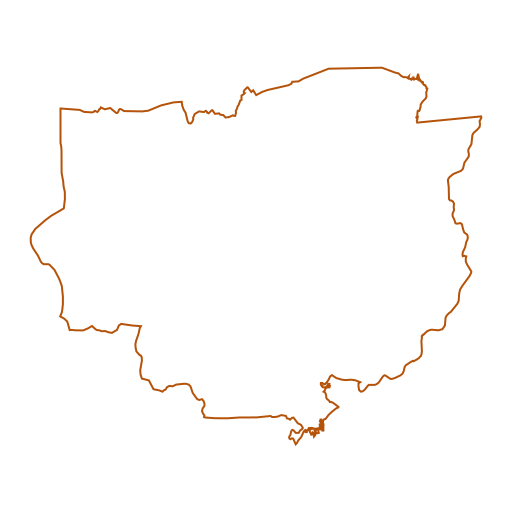 outline of Remolino, Magdalena, Colombia
{"feature_id": "7082276B2618998543770", "entity_name": "Remolino", "entity_type": "district", "adm_level": 2, "iso_a3": "COL", "parent_name": "Colombia", "parent_adm1": "Magdalena", "projection": "natural_earth1", "projection_center": [-74.562, 10.638], "detail": "fine", "context": "isolated", "style": "outline", "palette": "amber", "viewbox_px": 512, "rotation_deg": 0, "n_neighbors": 0, "source": "geoboundaries", "source_scale": "gbopen_adm2", "svg_char_len": 6008}
<svg xmlns="http://www.w3.org/2000/svg" viewBox="0 0 512 512"><path d="M31.6,234.4L30.7,237.6L30.8,242.4L31.4,244.6L33.1,248.3L38.0,255.7L40.9,261.8L42.1,263.2L43.8,264.2L48.4,264.2L49.7,264.9L54.5,269.9L59.5,279.5L61.8,286.0L62.9,296.5L62.9,304.1L62.3,309.7L61.8,312.5L60.2,316.4L64.3,318.7L67.3,321.6L69.7,330.1L71.8,329.9L75.3,330.3L83.2,330.4L88.1,328.3L92.0,326.0L95.6,329.3L97.0,330.1L98.5,330.1L101.9,331.2L105.5,331.1L107.9,332.1L111.9,332.9L117.0,329.9L118.8,325.6L121.1,323.9L132.1,325.5L140.9,326.2L139.8,328.0L138.5,333.9L136.0,341.1L135.4,344.3L135.6,347.7L136.4,351.4L139.5,355.0L140.7,355.4L141.7,357.1L141.9,360.6L140.2,370.3L140.6,374.8L141.9,378.6L148.9,380.4L153.5,389.2L159.3,390.4L162.5,391.7L164.0,390.2L165.7,389.5L166.9,387.3L169.3,385.9L172.7,386.3L176.1,384.6L183.6,383.8L186.1,383.8L188.7,384.6L190.5,386.4L192.7,392.9L197.0,398.9L199.1,400.0L202.0,399.2L203.5,400.9L204.4,403.4L204.5,405.7L202.6,408.5L202.0,411.1L203.1,413.7L204.4,415.4L204.0,417.1L205.2,417.5L214.5,418.2L227.4,418.3L239.1,417.5L256.6,417.4L270.6,416.0L272.0,417.0L274.8,417.0L277.6,416.6L281.3,415.1L285.9,415.9L287.0,418.4L288.9,418.8L290.0,419.7L292.1,417.8L293.5,417.6L297.8,423.3L301.0,424.8L302.8,427.8L302.4,428.8L300.0,430.6L298.7,432.9L295.7,432.9L293.7,430.5L292.6,429.9L291.7,430.3L291.1,431.7L290.4,434.9L289.4,436.3L289.1,437.7L289.5,438.6L290.4,439.2L291.7,438.4L293.2,438.6L295.7,444.3L296.8,443.2L298.2,440.5L301.2,437.1L303.6,431.7L304.8,431.6L306.0,432.2L307.6,431.9L304.4,431.3L304.4,430.7L305.4,429.9L306.6,430.6L307.5,430.2L309.0,428.0L309.6,428.0L308.5,429.4L311.8,427.8L313.4,428.3L313.1,428.7L310.7,429.0L309.4,430.9L311.3,434.7L311.9,434.5L312.5,432.5L313.7,433.6L314.7,433.1L313.6,434.5L314.0,436.6L315.2,435.1L314.4,428.9L318.7,428.2L318.4,429.0L316.2,429.3L315.6,431.4L316.1,432.5L316.1,433.5L318.8,432.9L318.0,429.8L319.2,429.2L320.0,429.4L320.2,428.8L320.8,429.1L320.9,428.0L322.5,426.4L321.0,427.5L320.5,428.5L319.6,427.7L319.9,426.7L319.6,423.6L319.9,424.6L321.4,426.0L322.5,424.6L321.6,425.3L320.6,424.7L320.6,420.8L320.1,420.9L320.5,419.5L321.3,419.5L321.8,423.2L322.9,424.6L322.7,427.3L322.3,427.8L322.7,428.1L322.4,430.5L323.4,430.5L323.4,430.0L322.7,429.9L322.8,429.5L323.1,429.7L323.4,427.8L323.5,424.5L322.9,422.2L323.4,420.0L324.1,419.3L325.5,419.0L328.5,415.0L332.0,411.7L336.0,408.5L338.3,407.4L338.5,407.0L337.6,406.2L332.9,402.7L330.9,401.9L329.9,402.1L329.0,400.6L327.0,399.0L326.3,397.6L326.1,395.0L325.6,393.6L324.9,392.3L323.6,391.7L324.8,390.4L325.5,388.5L328.1,386.6L328.5,386.6L328.5,387.4L329.5,387.3L329.9,385.7L329.3,385.4L329.4,383.9L328.2,383.8L327.2,386.0L325.7,387.2L323.1,387.4L322.0,386.4L322.7,385.0L321.8,385.8L321.4,385.6L320.8,384.3L320.9,383.0L322.3,383.0L324.2,384.4L325.1,384.1L325.0,383.8L326.6,382.6L328.8,379.4L330.0,376.6L331.9,375.1L336.4,378.1L341.6,379.6L345.6,380.1L351.1,379.7L355.4,380.3L360.2,382.2L358.5,383.4L358.5,386.3L359.1,390.2L361.0,391.7L362.7,391.3L364.7,389.7L367.7,385.9L368.8,384.9L374.9,384.9L376.7,384.1L378.9,382.3L382.8,376.6L384.4,375.3L385.3,375.4L389.9,378.6L391.5,379.0L394.7,378.1L400.4,375.4L402.6,373.6L403.8,370.9L404.5,367.5L405.6,365.4L410.7,362.0L412.9,360.8L413.6,361.3L416.6,359.6L418.6,358.3L420.9,355.9L421.6,353.9L421.9,350.9L421.4,340.9L422.0,336.9L421.7,336.3L422.0,335.6L423.3,334.9L423.5,334.3L424.0,334.3L426.8,331.4L429.9,330.0L431.8,329.7L438.4,330.3L442.4,329.2L444.9,325.5L445.6,317.6L446.7,315.5L449.1,313.0L450.8,311.9L457.4,303.7L458.7,300.7L459.2,293.4L460.1,289.5L462.5,285.6L469.2,276.5L471.1,273.0L471.3,271.4L467.2,264.7L465.9,261.9L465.7,259.0L466.3,256.4L464.0,255.8L462.8,256.2L462.5,254.6L462.8,252.3L465.2,247.1L466.2,242.2L467.4,239.6L467.8,237.9L467.6,235.8L467.1,234.6L464.2,232.4L463.3,230.0L461.9,224.2L460.5,223.1L456.9,223.7L455.5,223.3L454.2,219.4L452.7,216.4L452.5,213.9L454.0,210.2L453.7,207.2L454.0,203.7L453.0,201.6L451.3,200.5L450.0,200.4L449.0,199.1L448.7,186.8L447.9,180.4L448.3,178.8L449.5,177.1L453.3,174.0L461.1,170.8L463.0,168.7L464.4,162.7L468.7,156.6L468.9,154.5L468.2,150.8L468.7,148.8L471.4,144.2L472.4,135.0L473.5,133.0L477.7,129.2L479.6,126.9L480.0,124.5L479.6,121.1L481.3,117.9L481.3,116.9L481.1,116.4L417.2,122.6L416.8,120.9L417.4,119.4L416.7,118.2L416.8,117.3L416.4,117.1L416.7,116.6L417.4,116.8L417.7,117.4L417.9,117.1L417.3,114.7L417.6,111.3L418.0,110.7L419.1,111.0L419.6,110.3L420.6,106.6L420.7,104.4L422.5,101.7L425.8,98.3L426.5,96.4L426.2,92.8L427.3,88.6L426.4,88.1L426.5,87.3L425.4,86.0L425.4,85.3L424.9,84.9L425.0,84.3L424.5,85.1L423.9,84.9L423.2,84.2L422.9,82.1L421.8,81.6L421.5,82.0L421.2,81.2L420.3,80.8L420.2,80.1L419.5,80.4L419.3,79.2L418.6,79.5L418.9,77.5L418.1,73.8L416.7,79.0L415.3,78.8L414.2,79.5L413.7,78.0L413.1,79.0L411.7,79.4L411.7,78.9L411.2,79.6L410.7,78.9L409.4,78.8L409.1,78.2L408.5,78.6L407.9,78.2L408.1,77.7L408.5,77.6L408.8,76.4L407.5,77.7L405.6,77.1L403.7,77.2L401.3,76.0L398.5,73.4L394.8,72.5L381.9,67.7L328.6,68.7L303.1,78.7L298.5,81.4L292.2,81.8L291.4,83.7L288.6,85.2L267.6,90.0L262.2,91.9L256.2,95.1L253.2,90.3L251.3,92.0L247.9,87.5L247.3,87.3L244.5,90.1L243.7,91.6L244.0,93.0L244.7,93.2L243.6,94.3L241.5,95.5L241.5,99.9L240.2,100.6L238.7,104.8L237.4,106.8L237.1,108.5L235.8,110.8L236.0,112.8L235.2,115.9L233.7,115.8L233.0,115.3L229.0,117.1L225.5,117.5L223.3,115.1L220.3,114.7L219.1,113.4L214.9,113.8L212.4,110.2L211.6,110.4L208.6,113.3L207.1,112.6L207.0,111.9L205.8,110.8L203.9,112.1L199.1,111.4L194.7,114.0L193.1,117.8L193.3,119.2L192.3,121.8L190.7,123.5L188.7,123.2L187.6,121.1L185.6,112.8L183.7,109.7L182.3,105.9L181.7,101.8L173.5,102.4L161.1,105.4L148.2,110.7L142.3,111.4L125.5,111.1L124.0,111.0L120.8,109.1L120.0,109.0L119.2,109.5L117.9,112.4L116.9,113.1L116.0,112.8L110.2,108.0L104.8,109.3L100.8,107.4L100.1,108.9L99.2,109.3L98.3,111.1L97.3,112.0L94.9,110.8L93.7,111.9L92.1,112.4L84.1,111.9L79.7,109.9L60.5,108.5L60.5,143.2L61.2,146.3L61.5,150.2L61.6,172.9L63.2,181.6L63.6,186.5L64.8,191.8L64.9,199.2L63.8,208.4L51.2,215.8L45.8,219.8L35.4,228.8L31.6,234.4Z" fill="none" stroke="#b45309" stroke-width="2"/></svg>